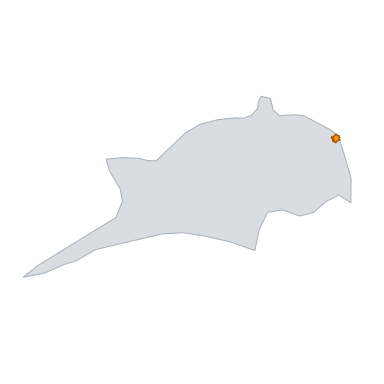 location of Geroskipou, Paphos, Cyprus, rotated 186°
{"feature_id": "46923920B13296548837495", "entity_name": "Geroskipou", "entity_type": "district", "adm_level": 2, "iso_a3": "CYP", "parent_name": "Cyprus", "parent_adm1": "Paphos", "projection": "equal_earth", "projection_center": [32.458, 34.751], "detail": "fine", "context": "in_parent", "style": "filled", "palette": "amber", "viewbox_px": 384, "rotation_deg": 186, "n_neighbors": 0, "source": "geoboundaries", "source_scale": "gbopen_adm2", "svg_char_len": 2126}
<svg xmlns="http://www.w3.org/2000/svg" viewBox="0 0 384 384"><g transform="rotate(186 192 192)"><path d="M276.7,205.0L280.6,215.7L264.5,218.9L248.3,219.9L239.4,218.6L230.9,219.2L204.9,249.9L190.8,260.3L174.0,266.6L156.9,270.3L148.4,270.7L140.8,274.6L135.5,281.8L135.4,288.7L133.1,294.4L123.8,293.3L119.8,282.0L113.1,277.2L96.5,279.7L88.4,279.4L61.8,268.7L53.8,264.4L48.8,255.2L35.2,222.3L32.9,198.0L45.6,204.2L57.5,196.7L69.0,184.3L82.6,179.3L91.1,181.5L99.6,183.6L114.8,179.7L121.3,161.4L123.4,140.4L149.1,146.4L175.2,149.5L196.6,150.6L217.6,147.1L281.9,124.7L300.0,111.3L311.2,106.8L330.7,95.7L351.1,89.6L338.1,102.4L264.9,158.8L260.2,175.6L263.6,187.2L274.0,201.3L276.7,205.0Z" fill="#d9dde1" stroke="#a8b0b8" stroke-width="1"/><path d="M50.7,261.7L50.7,261.8L51.0,261.9L51.1,262.1L51.2,262.3L51.4,262.5L51.6,262.5L51.8,262.8L51.7,263.0L51.7,263.3L51.9,263.4L52.3,263.3L52.4,263.2L52.8,263.2L53.1,263.2L53.3,263.2L53.6,263.3L53.8,263.5L54.1,263.7L54.3,263.9L54.5,264.1L54.7,264.3L55.0,264.4L55.3,264.2L55.5,264.0L55.8,263.7L56.0,263.4L56.1,263.2L56.3,262.9L56.3,262.7L56.5,262.5L56.7,262.4L56.7,262.1L56.9,261.9L56.9,261.6L57.0,261.2L57.5,261.3L58.0,261.4L58.3,261.4L58.5,261.5L58.5,261.4L58.7,261.1L58.9,261.0L58.9,260.7L59.0,260.5L59.1,260.4L59.4,260.1L59.1,260.2L58.9,260.2L58.6,260.1L58.3,260.0L58.2,260.0L58.1,259.8L57.8,259.7L57.7,259.5L57.3,259.6L57.2,259.5L56.8,259.6L56.6,259.5L56.4,259.4L56.3,259.2L56.2,259.3L56.0,259.1L55.9,259.0L55.8,258.9L56.0,258.8L56.4,258.8L56.7,258.8L56.8,258.8L57.0,258.6L57.2,258.4L57.4,258.2L57.5,257.9L57.5,257.7L57.4,257.5L57.4,257.4L57.2,257.3L56.8,257.2L56.6,257.1L56.5,256.9L56.4,256.8L56.0,256.9L55.9,256.9L55.7,256.9L55.6,257.0L55.5,256.9L55.4,256.9L55.3,256.7L55.2,256.6L54.8,256.7L54.6,256.7L54.4,256.7L54.2,256.4L54.1,256.2L53.8,256.3L53.8,256.6L53.6,256.8L53.4,257.0L53.2,257.5L53.1,257.9L52.7,258.0L52.3,258.2L52.1,258.3L51.9,258.5L51.6,258.7L51.3,258.9L51.0,259.0L50.7,259.1L50.4,259.1L50.4,259.4L50.7,259.5L50.9,259.8L51.1,260.0L51.3,260.2L51.5,260.3L51.4,260.7L51.3,260.8L51.0,261.3L50.8,261.5L50.7,261.7Z" fill="#f59e0b" stroke="#b45309" stroke-width="1.5"/></g></svg>